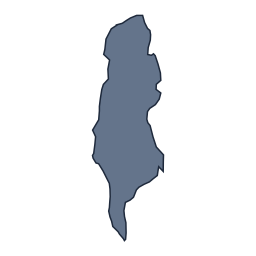 Erimi, Limassol, Cyprus
{"feature_id": "46923920B22495771378478", "entity_name": "Erimi", "entity_type": "district", "adm_level": 2, "iso_a3": "CYP", "parent_name": "Cyprus", "parent_adm1": "Limassol", "projection": "robinson", "projection_center": [32.922, 34.687], "detail": "fine", "context": "isolated", "style": "filled", "palette": "slate", "viewbox_px": 256, "rotation_deg": 0, "n_neighbors": 0, "source": "geoboundaries", "source_scale": "gbopen_adm2", "svg_char_len": 1154}
<svg xmlns="http://www.w3.org/2000/svg" viewBox="0 0 256 256"><path d="M124.4,240.6L125.6,239.3L126.1,233.0L125.9,222.7L124.5,216.6L123.9,210.6L125.4,202.4L130.1,200.1L133.5,197.2L136.4,189.9L138.9,187.2L144.0,184.3L149.4,181.9L152.7,179.1L157.3,175.5L157.8,172.0L158.7,166.7L163.2,171.4L163.3,162.2L163.5,154.9L156.3,147.0L153.0,136.9L150.1,125.6L147.8,122.7L146.8,119.2L147.5,111.6L149.7,108.4L155.4,104.6L159.2,99.2L160.8,93.0L156.1,89.4L156.3,84.3L160.3,80.8L160.8,80.4L160.4,72.9L158.0,64.1L155.2,55.7L153.5,53.8L151.4,55.3L147.7,54.5L148.2,47.6L150.3,40.2L150.6,34.7L149.9,30.5L147.5,28.4L144.6,22.6L142.6,15.4L136.7,15.4L130.4,18.0L126.4,20.5L122.3,23.3L117.2,24.7L117.4,24.8L111.3,28.8L106.0,39.1L104.9,49.2L103.7,54.4L109.6,60.0L107.9,69.1L108.4,79.0L103.4,84.4L101.8,89.5L100.4,98.4L99.4,106.4L99.4,110.9L98.7,119.8L92.6,130.1L95.6,136.7L94.9,144.2L93.7,153.5L92.5,155.5L93.1,158.2L96.0,163.0L98.6,163.7L103.1,171.0L106.8,178.4L109.3,183.3L110.0,188.9L110.2,196.7L109.7,202.8L109.4,207.5L108.7,211.1L110.0,216.9L111.6,221.2L112.8,226.5L118.1,231.7L119.5,234.1L123.4,238.7L124.4,240.6Z" fill="#64748b" stroke="#1e293b" stroke-width="1.5"/></svg>